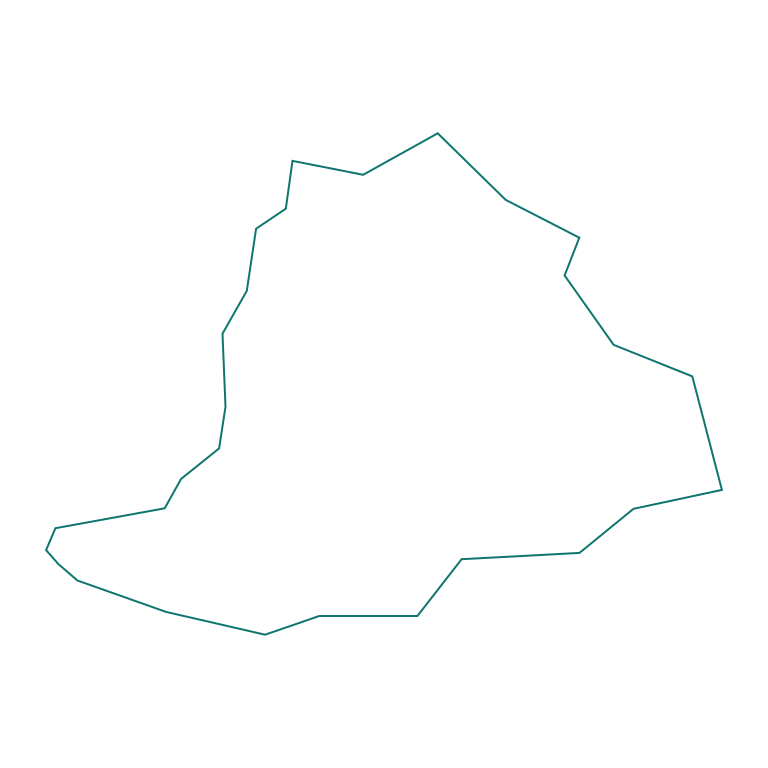 Alsungas, Robinson projection
{"feature_id": "LVA-5710", "entity_name": "Alsungas", "entity_type": "Municipality", "adm_level": 1, "iso_a3": "LVA", "parent_name": "Latvia", "parent_adm1": "", "projection": "robinson", "projection_center": [21.529, 56.995], "detail": "fine", "context": "isolated", "style": "outline", "palette": "teal", "viewbox_px": 768, "rotation_deg": 0, "n_neighbors": 0, "source": "natural_earth", "source_scale": "10m", "svg_char_len": 471}
<svg xmlns="http://www.w3.org/2000/svg" viewBox="0 0 768 768"><path d="M265.0,634.7L166.0,611.9L77.4,580.5L58.4,564.1L46.1,550.1L55.4,528.2L164.7,508.3L181.1,478.9L219.1,448.4L225.5,406.8L222.5,333.7L246.8,290.8L256.1,228.7L285.8,208.7L292.5,160.9L363.1,174.8L437.7,133.3L505.7,199.9L579.3,237.7L564.6,275.5L613.7,344.9L692.3,376.4L721.9,489.9L633.5,508.8L579.5,552.9L461.6,559.2L417.4,616.0L319.2,616.0L265.0,634.7Z" fill="none" stroke="#0f766e" stroke-width="2"/></svg>